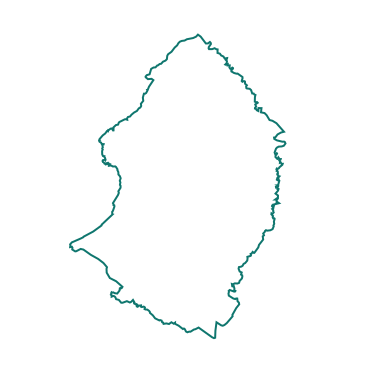 Mananara-Avaratra, Analanjirofo, Madagascar (Natural Earth projection), rotated 216°
{"feature_id": "10022922B77596397547877", "entity_name": "Mananara-Avaratra", "entity_type": "district", "adm_level": 2, "iso_a3": "MDG", "parent_name": "Madagascar", "parent_adm1": "Analanjirofo", "projection": "natural_earth1", "projection_center": [49.534, -16.235], "detail": "fine", "context": "isolated", "style": "outline", "palette": "teal", "viewbox_px": 384, "rotation_deg": 216, "n_neighbors": 0, "source": "geoboundaries", "source_scale": "gbopen_adm2", "svg_char_len": 6025}
<svg xmlns="http://www.w3.org/2000/svg" viewBox="0 0 384 384"><g transform="rotate(216 192 192)"><path d="M87.6,87.7L91.5,93.5L95.6,101.0L90.0,101.3L88.5,101.9L87.6,103.4L86.8,106.4L86.1,115.3L87.1,116.3L88.0,124.2L87.8,128.9L89.1,130.1L90.9,130.4L92.8,132.4L93.7,131.8L94.1,130.8L96.0,130.1L101.3,129.8L102.8,131.3L103.4,132.9L104.2,133.6L103.9,134.9L99.3,136.2L98.6,137.0L98.8,137.5L99.5,137.2L100.2,137.6L101.0,138.9L102.9,140.4L103.3,139.7L104.0,139.4L105.6,141.0L104.8,141.2L103.7,143.2L101.4,144.7L100.5,146.2L101.2,148.0L100.8,151.3L101.5,153.1L102.4,154.1L103.8,154.0L104.5,156.1L106.7,155.7L109.2,157.3L109.9,158.8L108.2,160.7L107.7,162.1L108.0,164.2L107.2,165.8L107.0,169.0L108.0,170.9L109.1,172.1L107.0,174.8L107.1,175.5L108.2,176.4L107.6,177.3L107.7,179.2L106.1,179.1L105.8,179.4L105.8,186.1L106.7,188.6L106.5,195.4L108.7,197.7L108.3,199.3L110.0,200.3L109.7,202.4L110.0,203.5L109.7,204.6L108.6,204.8L106.1,207.1L105.0,209.3L105.7,212.2L106.4,212.7L106.8,214.6L108.3,216.1L109.4,218.9L109.9,219.1L110.8,218.4L112.0,219.1L112.3,220.2L114.7,220.6L115.1,221.4L114.4,221.4L114.0,222.0L113.9,223.5L115.1,224.2L115.5,225.0L117.1,225.4L116.6,226.4L116.8,227.0L119.0,227.6L119.1,227.9L117.5,228.6L117.8,229.5L118.7,229.7L115.0,234.1L115.6,234.1L116.5,233.0L117.2,232.7L116.9,234.1L118.3,234.3L119.4,235.5L120.2,234.9L119.6,236.8L118.7,236.4L118.7,237.3L120.4,239.7L123.5,239.8L123.2,243.6L123.7,245.1L124.4,244.7L124.6,245.4L125.6,245.5L126.5,244.9L127.0,245.4L125.9,246.0L125.6,247.1L125.8,247.6L127.1,247.5L126.4,248.2L128.0,252.5L128.6,252.7L129.6,251.8L130.6,251.8L130.8,252.4L129.4,253.1L130.5,254.1L131.2,254.0L131.2,254.7L130.6,255.1L130.5,256.0L131.5,255.6L132.1,256.2L133.2,256.2L133.6,256.6L133.4,257.5L134.7,259.0L135.9,258.8L136.1,260.0L137.1,260.1L137.2,260.9L136.3,261.0L135.7,262.3L135.8,263.4L134.9,267.1L135.2,268.1L136.1,267.4L137.7,268.1L138.1,267.4L138.6,268.3L140.0,268.9L139.4,270.2L139.6,270.8L140.6,270.1L142.5,270.8L142.3,269.0L142.6,268.9L145.1,269.4L145.9,270.8L145.6,271.9L145.8,273.1L146.2,273.2L146.3,272.1L146.9,271.5L148.4,272.5L149.5,276.4L149.4,277.8L148.6,279.6L146.2,281.6L144.9,283.4L144.9,286.2L146.3,287.0L147.1,286.9L148.5,285.8L153.6,283.7L156.6,283.3L157.6,284.3L156.7,285.2L156.6,288.9L154.9,292.5L153.0,294.8L164.1,297.3L168.8,296.9L171.6,295.8L176.7,298.0L179.7,298.5L183.0,297.0L185.1,300.7L187.5,299.0L185.9,296.5L187.7,296.2L188.7,296.8L190.1,296.5L190.5,297.2L190.3,298.8L192.3,300.0L191.3,302.8L192.1,303.0L193.2,302.2L194.3,302.0L196.9,305.8L197.7,307.8L199.0,307.5L200.0,307.9L201.2,307.1L204.1,309.2L206.0,309.4L208.5,308.0L209.1,308.0L210.3,309.3L210.3,310.6L212.7,310.8L214.1,312.5L215.2,312.3L216.0,310.8L217.0,311.0L218.0,313.8L218.8,314.7L224.7,314.6L225.5,313.9L227.9,313.0L231.0,312.7L231.6,313.4L231.4,316.0L231.8,316.4L232.5,316.3L232.8,314.8L233.4,314.2L234.9,314.7L235.9,316.6L237.6,315.3L238.3,316.5L239.5,314.8L240.0,314.7L239.7,316.6L240.6,318.4L242.2,318.7L242.0,320.4L242.3,321.0L244.0,319.2L246.2,320.1L248.7,319.6L250.7,320.3L253.1,319.5L255.1,322.4L256.2,321.8L258.2,321.6L259.7,319.4L262.2,317.6L262.9,317.9L263.6,319.1L263.7,322.9L264.6,323.7L265.7,323.9L266.4,321.6L268.1,320.3L276.3,322.8L279.7,322.8L280.0,320.1L281.6,317.2L285.9,312.6L287.0,310.2L289.1,308.2L290.2,306.4L290.5,304.3L290.2,301.9L290.9,298.7L291.0,293.4L292.3,289.4L292.1,287.7L290.4,284.7L290.7,282.7L292.1,280.3L292.3,277.7L293.4,276.5L294.0,274.4L294.5,273.9L294.8,271.4L296.3,270.1L297.4,267.6L295.5,262.3L297.3,259.9L297.4,258.1L296.9,257.6L294.0,257.4L291.2,259.8L289.0,259.8L288.7,251.9L287.9,248.8L288.3,248.3L287.7,248.0L287.3,245.2L287.7,244.0L288.7,243.3L287.2,239.4L285.0,237.1L285.2,233.3L283.7,231.8L283.5,230.7L283.7,229.2L284.2,228.5L284.2,225.2L285.6,222.2L286.4,218.9L286.5,216.7L287.9,215.0L287.8,213.3L286.9,212.4L288.6,211.8L289.1,211.3L291.9,205.9L292.0,205.1L291.4,203.1L292.9,201.4L293.5,198.1L293.4,197.4L293.0,197.5L291.7,195.7L292.0,195.4L294.3,196.2L295.1,195.4L295.8,193.1L296.2,192.9L295.6,191.7L296.6,191.3L296.6,188.4L297.5,185.3L297.9,180.4L297.5,179.3L297.1,179.4L297.2,178.8L296.3,178.3L294.6,178.5L293.3,177.8L291.6,178.8L291.5,178.5L292.2,178.1L292.1,177.2L290.4,175.7L290.3,174.5L289.5,173.9L289.4,174.6L288.8,172.3L286.8,169.7L285.2,168.8L284.1,169.4L284.0,168.9L282.9,168.8L280.9,167.3L280.8,166.9L281.3,167.1L282.8,165.3L282.6,164.5L281.6,163.9L280.8,164.1L279.4,163.5L278.3,164.8L277.8,163.9L276.8,165.1L277.4,165.8L277.1,166.3L275.9,166.1L275.9,165.0L275.3,165.0L274.7,165.8L274.4,164.6L273.1,165.9L271.1,166.1L269.1,167.6L268.3,167.6L265.7,166.6L265.3,165.9L263.3,164.8L261.8,162.9L259.6,162.4L257.8,161.2L257.0,158.6L255.6,157.7L254.5,155.4L253.4,155.0L252.3,153.4L252.0,149.3L250.7,148.3L250.1,146.1L249.4,136.5L248.2,135.9L247.9,135.3L247.0,135.5L246.2,134.6L244.9,130.3L244.9,129.0L243.4,127.1L243.1,127.2L245.9,112.5L245.5,111.8L248.7,101.9L253.4,92.2L253.4,91.4L254.0,90.6L254.2,90.9L254.0,90.3L254.5,89.3L259.6,80.6L259.8,78.0L259.2,77.6L258.2,75.8L257.0,77.1L255.9,76.6L255.1,75.1L251.6,75.3L250.8,76.1L248.6,80.5L246.0,81.6L236.9,81.7L228.5,82.7L221.8,82.5L216.6,81.2L216.0,79.6L213.6,76.6L207.9,74.1L200.9,75.2L192.5,74.4L192.4,73.0L192.9,72.1L193.4,72.3L193.8,71.7L192.7,69.7L192.8,65.9L195.1,64.7L196.7,64.5L197.5,63.6L198.1,63.6L197.9,62.6L197.0,61.7L197.1,61.2L196.1,61.0L195.5,60.1L194.6,61.6L193.5,62.0L192.1,61.8L190.4,60.7L187.8,61.7L184.2,60.8L183.0,61.7L180.5,65.4L177.3,66.1L176.6,67.5L176.3,70.0L173.8,68.9L174.0,68.5L173.3,67.8L171.8,68.0L171.1,68.6L170.3,67.8L169.9,69.4L169.7,67.4L169.3,67.0L168.5,67.2L168.1,68.9L166.6,70.3L165.9,69.2L165.0,69.4L163.7,70.9L162.8,71.0L162.2,70.9L161.6,69.4L160.6,69.6L159.0,70.6L156.8,70.6L155.6,70.2L155.0,69.5L151.2,69.2L147.6,68.1L142.9,68.9L142.6,69.6L141.0,70.1L139.6,69.1L138.6,69.4L137.5,68.6L135.5,70.6L133.0,71.7L132.1,74.5L129.4,74.7L128.9,76.3L128.3,75.4L124.2,76.0L118.8,75.8L118.3,76.8L117.2,76.8L114.9,75.6L113.3,75.8L112.2,77.4L111.1,78.1L109.6,81.9L108.6,83.0L107.0,86.2L90.3,86.3L88.3,86.7L87.6,87.7Z" fill="none" stroke="#0f766e" stroke-width="2"/></g></svg>